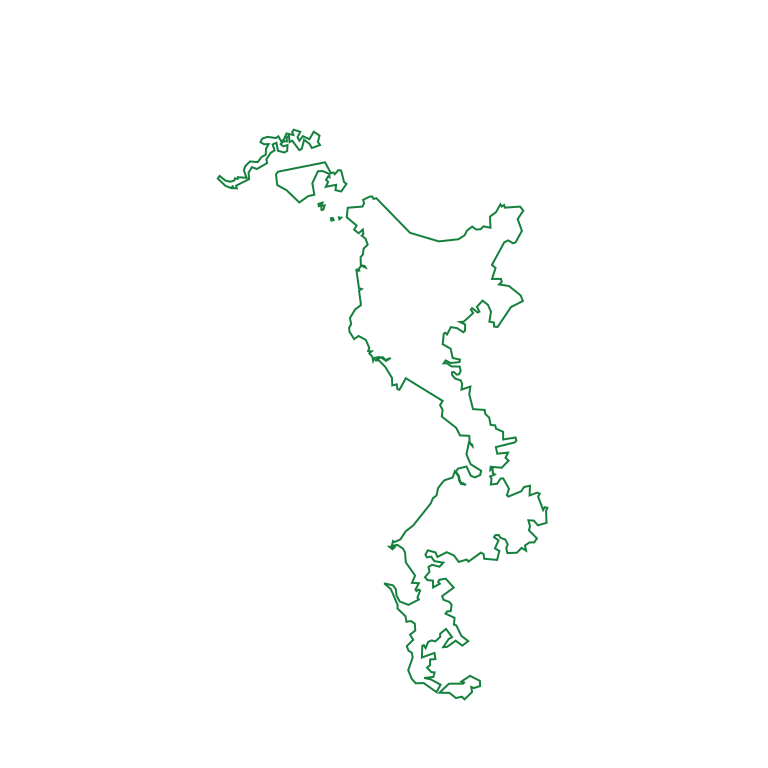 the district of Chiriquí Grande, Bocas del Toro, Panama, rotated 216°
{"feature_id": "35544464B7059792376072", "entity_name": "Chiriquí Grande", "entity_type": "district", "adm_level": 2, "iso_a3": "PAN", "parent_name": "Panama", "parent_adm1": "Bocas del Toro", "projection": "albers", "projection_center": [-82.202, 9.003], "detail": "fine", "context": "isolated", "style": "outline", "palette": "green", "viewbox_px": 768, "rotation_deg": 216, "n_neighbors": 0, "source": "geoboundaries", "source_scale": "gbopen_adm2", "svg_char_len": 6173}
<svg xmlns="http://www.w3.org/2000/svg" viewBox="0 0 768 768"><g transform="rotate(216 384 384)"><path d="M160.4,165.6L161.5,174.0L172.7,172.5L178.7,169.8L171.9,176.0L173.5,180.4L176.5,178.7L182.5,179.9L181.4,183.5L184.8,188.2L180.7,191.7L185.1,196.1L192.6,185.0L199.1,194.7L198.3,196.1L195.1,194.8L196.7,201.3L194.7,204.6L191.2,205.9L189.9,212.4L191.8,215.0L189.9,222.3L180.1,219.2L181.8,215.7L181.4,205.9L178.4,208.5L175.1,218.5L166.9,218.3L164.7,225.5L173.3,225.7L183.6,231.2L186.0,230.5L189.5,236.3L199.2,234.4L199.3,237.0L196.5,239.5L199.6,245.2L203.1,246.1L209.0,244.4L212.3,246.6L207.9,260.3L219.7,262.8L224.1,258.2L223.9,255.6L221.4,255.2L224.7,248.3L228.8,253.7L233.6,250.9L237.3,251.8L236.8,258.8L240.5,262.2L238.8,266.0L231.7,268.8L231.0,274.3L239.2,270.3L244.3,272.1L247.4,269.0L250.2,270.3L250.8,275.2L243.3,278.0L239.1,275.5L234.4,284.8L226.6,286.4L219.0,284.0L213.9,290.6L211.3,289.9L206.5,304.5L203.4,304.9L200.2,301.5L189.1,308.2L192.5,316.7L197.6,316.2L199.4,324.8L204.9,324.7L205.1,327.1L202.4,329.3L199.3,328.0L194.5,329.5L189.6,327.0L188.7,323.2L184.8,319.8L177.3,325.6L176.4,332.3L171.1,332.7L175.0,336.2L173.2,341.3L169.4,344.1L169.5,349.0L180.7,350.8L182.2,354.7L187.1,358.6L182.4,361.6L176.5,360.1L170.9,367.2L178.3,376.6L179.1,379.9L181.6,378.7L181.2,375.6L193.3,383.6L193.5,386.8L196.3,386.1L200.7,379.4L206.1,387.5L210.2,382.9L209.9,377.9L217.2,366.0L219.2,366.3L221.3,372.7L232.1,377.7L234.1,376.0L233.8,369.8L238.5,365.5L241.3,370.5L243.8,371.6L241.2,375.9L243.6,375.9L246.5,379.5L247.3,376.8L249.1,379.7L239.6,385.4L238.1,395.2L242.3,395.7L243.3,401.4L251.4,394.2L256.4,398.7L243.9,413.6L243.6,416.0L246.2,418.0L255.0,409.1L259.5,415.3L267.1,413.7L269.7,415.9L273.7,413.6L279.1,418.6L284.6,419.4L287.3,422.2L297.2,416.0L309.0,425.8L312.6,432.7L318.0,425.0L320.8,430.0L324.1,432.0L329.5,430.2L334.0,431.2L335.9,433.4L334.7,434.7L330.6,434.4L329.0,435.9L329.5,439.5L333.0,442.6L339.7,437.9L345.1,437.8L347.9,435.8L348.0,439.3L342.3,440.2L335.8,446.1L336.9,448.4L343.7,445.4L350.8,451.7L359.9,450.7L365.2,459.8L364.6,461.5L362.1,461.1L363.3,469.3L357.9,472.1L350.2,472.5L349.8,474.8L353.4,479.9L359.0,478.8L356.1,481.4L353.6,493.8L357.3,495.1L357.4,497.2L350.3,496.9L349.3,498.6L354.2,501.0L353.3,509.4L346.4,509.1L339.9,505.3L335.4,496.4L331.2,498.3L328.6,495.2L325.6,496.9L326.5,520.9L320.4,532.8L325.6,536.0L340.5,536.7L349.4,532.2L348.7,535.7L351.1,537.8L358.4,532.5L361.9,543.4L366.7,543.8L370.0,569.3L367.9,573.2L362.2,573.7L360.8,575.9L362.5,589.0L372.8,596.0L373.2,606.1L378.2,607.5L389.9,597.7L392.1,599.4L393.1,596.8L395.4,597.7L394.4,588.7L396.7,581.8L389.7,573.0L396.2,570.0L396.8,566.1L400.2,563.1L405.2,563.2L407.0,556.9L406.2,551.7L408.9,544.8L423.5,531.6L451.8,521.6L499.4,529.8L501.3,527.6L503.8,528.8L505.7,527.2L509.1,520.7L506.3,518.4L505.7,514.9L516.9,505.3L512.2,497.0L499.3,496.1L498.9,491.3L493.2,491.0L491.9,496.5L488.8,493.1L489.2,490.9L484.3,490.7L479.1,487.1L480.1,481.6L477.2,476.4L477.5,472.9L472.6,466.6L468.9,468.1L467.4,467.4L471.9,466.4L472.1,462.0L470.7,461.2L472.0,459.9L474.1,460.8L460.7,446.9L457.9,447.7L459.2,445.0L449.0,434.3L451.2,427.4L450.3,417.3L445.8,413.2L445.2,408.8L442.6,406.0L434.6,402.8L432.8,407.9L424.6,409.0L417.2,404.6L416.2,401.4L413.2,403.2L414.0,400.2L409.5,399.2L406.4,396.3L407.0,399.5L404.4,402.4L400.4,405.0L396.9,404.2L393.9,409.0L395.9,403.9L402.2,403.7L405.1,397.8L401.9,400.1L393.1,398.6L381.1,393.6L376.5,387.7L373.5,391.2L370.3,387.8L368.1,388.3L369.7,401.5L326.6,404.8L326.3,400.0L321.3,397.4L318.1,391.6L299.9,391.0L292.2,387.1L284.6,392.2L280.1,386.9L276.6,386.6L275.8,385.7L280.0,386.6L281.5,387.9L276.0,375.6L266.7,370.0L254.4,370.9L252.7,366.9L255.5,361.9L259.9,360.8L268.8,365.7L274.4,359.0L274.3,355.2L269.3,353.7L266.4,350.8L263.0,349.2L261.9,350.2L258.4,350.6L263.0,348.4L266.6,350.1L269.6,353.2L275.3,355.0L273.5,348.6L278.5,341.7L279.0,336.8L279.0,331.4L276.0,324.7L277.3,320.3L276.0,315.0L277.2,286.8L279.9,277.6L279.4,267.9L282.6,262.3L284.4,262.3L282.2,256.9L284.0,255.5L280.0,255.3L279.5,258.1L281.0,257.2L281.5,258.7L278.7,261.7L271.9,262.0L267.9,260.0L261.5,252.5L246.2,247.3L244.5,239.6L238.7,243.3L237.7,236.1L236.1,235.6L235.1,238.1L233.4,238.2L231.4,230.9L229.1,230.1L234.4,219.7L243.4,217.3L249.4,220.1L253.9,225.0L258.3,226.4L266.7,222.8L257.9,222.1L243.2,213.3L241.1,210.3L230.0,208.7L226.1,204.8L222.8,208.1L218.2,208.2L213.8,202.9L215.6,196.5L210.0,194.2L211.5,185.3L207.5,182.7L203.5,182.9L200.0,179.5L196.2,166.7L188.3,161.8L182.4,160.5L176.1,165.4L160.4,165.6ZM576.8,483.5L559.2,481.1L555.8,491.4L551.6,496.2L560.0,504.3L562.5,517.3L558.8,520.2L551.8,521.8L549.6,519.3L551.2,518.9L550.9,515.1L548.0,514.7L547.0,509.3L539.8,517.0L537.2,512.3L531.8,514.6L532.0,523.8L535.2,524.0L544.1,531.5L546.7,530.2L547.1,524.8L549.1,525.4L551.0,523.4L562.0,528.7L594.6,493.4L594.5,490.0L587.3,482.2L576.8,483.5ZM639.2,452.5L628.8,451.1L622.9,452.6L622.6,455.8L621.8,453.3L618.1,455.8L620.2,457.6L613.6,470.4L617.8,475.4L618.3,481.8L613.2,483.2L608.4,494.1L611.2,496.5L611.6,504.3L609.8,508.7L614.9,512.3L612.8,515.9L606.9,510.4L600.8,512.6L599.3,515.6L602.5,520.5L605.2,517.1L608.6,517.3L608.2,520.9L605.2,523.2L607.5,526.0L607.0,529.2L602.6,524.2L601.3,526.9L590.0,523.5L588.7,525.8L592.2,534.6L585.3,534.5L581.1,532.5L576.2,539.7L579.8,541.0L582.2,547.1L589.1,546.8L588.2,538.2L595.3,536.8L595.5,531.1L599.0,532.8L600.0,538.8L606.5,536.7L606.4,533.9L603.7,532.2L610.1,529.4L608.7,522.6L609.8,519.9L615.0,522.3L616.1,519.4L623.5,515.5L626.8,510.9L626.1,507.0L621.9,507.5L618.3,510.3L617.8,505.1L614.4,499.9L616.5,495.8L616.5,489.3L623.2,485.3L624.3,478.9L623.0,474.5L616.4,470.0L623.8,465.4L622.9,464.0L625.5,462.7L624.7,460.7L627.3,457.2L632.1,455.3L639.3,455.7L639.2,452.5ZM131.9,200.2L142.8,198.5L146.5,188.8L143.7,189.5L143.8,188.1L155.3,179.7L157.7,166.8L149.5,172.6L141.2,172.2L137.2,176.8L133.5,176.2L131.7,186.5L135.3,190.2L132.6,190.8L128.7,196.1L131.9,200.2ZM537.0,493.7L539.5,491.2L536.8,488.1L535.6,489.5L537.0,493.7ZM540.3,494.6L542.9,491.2L541.3,489.6L539.6,492.2L540.3,494.6ZM523.0,488.2L524.4,486.8L522.6,485.2L521.1,487.0L523.0,488.2ZM516.4,493.4L518.4,492.3L516.9,491.1L516.4,493.4Z" fill="none" stroke="#15803d" stroke-width="2"/></g></svg>